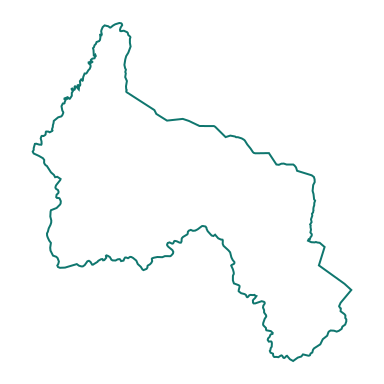 Victoria, Yoro, Honduras (Natural Earth projection)
{"feature_id": "27666195B67496121573402", "entity_name": "Victoria", "entity_type": "district", "adm_level": 2, "iso_a3": "HND", "parent_name": "Honduras", "parent_adm1": "Yoro", "projection": "natural_earth1", "projection_center": [-87.58, 15.094], "detail": "fine", "context": "isolated", "style": "outline", "palette": "teal", "viewbox_px": 384, "rotation_deg": 0, "n_neighbors": 0, "source": "geoboundaries", "source_scale": "gbopen_adm2", "svg_char_len": 5842}
<svg xmlns="http://www.w3.org/2000/svg" viewBox="0 0 384 384"><path d="M162.3,257.2L165.0,256.1L170.2,256.2L171.2,255.6L173.0,253.5L173.3,251.9L172.4,250.1L168.3,246.8L167.2,245.4L167.1,244.4L167.8,243.0L169.5,242.4L171.8,243.5L172.7,243.6L173.3,243.1L174.2,241.2L174.9,240.9L176.8,241.3L179.5,242.6L180.8,242.7L181.5,241.6L181.7,238.7L182.1,237.9L183.1,236.9L187.3,234.4L187.7,233.7L187.9,231.8L188.8,230.7L190.8,229.9L192.9,230.8L195.2,230.6L197.7,229.3L201.8,226.2L202.8,226.0L205.5,226.5L206.4,227.7L206.6,228.9L207.7,231.2L211.6,235.5L213.4,236.0L215.1,234.7L218.2,238.3L220.8,239.5L222.5,239.7L222.8,240.4L222.7,243.8L223.5,245.8L228.4,250.3L230.1,252.3L231.4,257.4L232.7,260.0L234.4,262.1L234.4,263.1L234.0,263.8L231.5,265.1L231.2,265.6L232.9,269.3L233.7,272.3L233.8,273.9L233.0,275.5L232.9,276.4L232.9,280.4L233.9,283.4L238.7,285.2L239.5,285.9L239.6,286.8L238.7,290.2L238.7,291.3L241.1,293.2L244.3,294.0L245.3,294.5L246.0,295.1L246.7,296.8L247.2,297.2L248.0,296.9L249.3,295.3L250.4,294.9L253.1,295.1L254.5,294.9L255.2,295.7L256.4,296.1L255.0,298.1L253.4,299.6L252.9,300.4L253.0,302.6L253.6,303.4L255.2,303.4L261.7,301.2L263.9,301.8L264.6,302.4L264.7,303.6L263.3,305.7L263.0,307.6L264.1,310.1L264.1,312.5L266.1,315.3L266.2,316.6L264.7,318.8L263.2,323.1L263.1,324.5L263.4,325.4L265.9,327.9L266.1,329.8L266.4,330.3L270.8,331.1L272.7,332.9L272.5,333.9L270.8,334.4L270.3,335.0L269.6,336.9L268.1,338.4L267.7,339.9L268.8,341.6L271.0,341.4L271.7,342.1L271.9,343.5L271.7,346.7L270.7,348.2L270.4,350.0L269.8,350.9L270.6,352.7L273.0,353.7L273.2,355.6L273.7,356.5L274.3,357.0L276.4,356.9L278.4,357.2L280.6,355.7L281.5,355.4L282.2,355.8L283.4,357.7L284.1,358.0L284.9,357.6L286.4,356.0L287.0,355.8L289.9,359.2L293.1,361.0L297.8,357.6L301.3,356.5L303.0,354.4L308.4,355.7L309.5,355.5L310.0,355.1L310.6,353.5L312.3,352.5L313.0,349.8L314.0,348.4L320.3,344.3L322.8,339.2L327.2,335.7L328.4,332.2L329.0,331.5L330.6,330.5L334.0,330.7L336.7,331.6L338.9,330.8L341.6,328.9L342.4,326.6L345.2,324.6L346.3,321.4L346.3,319.4L345.3,318.0L345.4,315.4L344.4,314.1L340.6,311.3L340.8,308.4L339.9,307.7L339.1,306.2L340.6,302.8L351.3,290.0L344.5,283.8L318.9,265.4L324.6,247.0L319.7,242.8L317.3,242.5L315.9,242.0L314.8,242.4L311.3,242.2L308.0,240.7L308.7,239.2L309.8,239.3L310.4,237.4L311.4,236.2L311.8,235.0L311.7,234.1L310.4,232.5L311.0,229.7L310.5,226.9L310.7,225.5L310.1,224.5L311.6,222.1L311.0,219.3L312.3,215.7L312.0,213.8L313.1,212.3L313.3,210.7L313.5,210.4L313.3,209.2L313.6,207.1L314.2,205.4L314.3,202.9L315.1,200.7L314.1,199.3L313.5,194.0L312.6,190.9L313.2,185.0L314.7,182.1L314.6,179.4L313.9,177.0L311.7,175.3L297.1,170.8L296.0,167.4L294.5,165.5L293.2,164.5L286.5,164.5L283.8,163.6L281.4,163.7L278.9,164.8L276.4,164.5L268.9,153.1L255.3,153.3L253.8,152.9L252.9,152.1L250.6,148.6L247.3,144.5L244.8,140.5L243.9,139.7L241.7,138.4L237.9,137.2L236.1,137.2L235.0,136.5L230.3,135.6L225.6,137.1L215.2,126.8L214.0,126.1L199.5,126.0L188.8,120.9L182.8,118.9L167.0,120.6L156.3,113.9L154.4,110.1L126.5,92.1L126.2,91.1L126.7,90.0L126.2,89.1L126.0,86.3L126.9,81.0L125.2,77.1L125.8,73.4L125.3,72.0L125.9,69.7L125.1,68.1L124.4,64.9L125.3,59.3L126.2,56.1L128.3,52.7L130.6,46.5L129.9,42.9L129.9,39.0L130.4,37.4L130.2,36.7L128.3,35.0L127.7,32.8L127.1,32.2L123.8,30.7L121.0,31.2L120.2,30.9L120.0,29.7L120.6,27.6L122.2,25.1L121.7,23.7L121.2,23.3L119.3,23.0L115.2,24.3L113.1,25.5L110.6,27.5L109.9,27.5L108.3,26.3L104.6,25.4L102.7,27.1L101.4,30.2L101.2,31.6L101.8,34.3L101.5,35.1L100.6,34.5L100.1,34.7L100.4,37.3L100.0,39.9L99.1,41.1L96.6,42.0L95.8,44.0L94.5,45.3L94.0,47.1L93.0,48.2L93.5,49.9L93.8,55.5L94.5,55.9L95.3,54.8L95.8,56.0L95.0,57.0L94.5,58.3L92.4,58.6L90.9,59.9L90.8,60.9L92.3,61.6L92.3,62.1L90.9,62.9L89.3,62.1L88.6,62.4L88.7,63.3L90.4,64.9L90.6,66.0L90.5,66.9L89.7,68.9L88.4,70.2L86.7,73.0L85.9,73.6L84.6,73.5L83.2,77.1L82.8,80.5L82.4,80.7L81.2,79.4L79.9,81.2L80.3,84.5L80.1,85.5L79.7,85.8L78.2,85.0L77.7,85.3L77.8,86.1L79.0,87.8L78.8,89.5L77.1,87.6L75.6,86.4L75.0,86.3L74.5,87.1L75.0,88.7L74.5,89.7L74.0,89.9L72.2,88.5L71.6,89.0L72.8,91.3L71.8,92.9L71.8,95.8L69.9,98.7L69.3,98.8L68.1,97.5L67.4,97.2L67.2,97.4L67.3,98.4L67.1,98.9L66.8,98.9L66.4,97.7L64.5,98.4L64.4,99.0L65.4,99.6L65.6,100.0L64.7,102.0L64.5,103.2L64.1,103.5L62.8,103.5L61.5,106.2L62.3,110.5L63.3,112.3L63.1,113.4L62.2,115.4L61.3,116.4L58.2,117.3L53.8,120.9L53.5,123.3L52.9,125.2L52.8,127.0L52.0,129.2L52.5,130.5L52.3,130.9L49.7,132.3L48.4,131.6L46.2,131.5L45.8,132.0L45.6,134.3L45.3,134.9L43.6,136.0L41.9,135.9L41.4,136.3L40.7,138.5L41.5,141.3L41.6,143.9L41.3,144.7L39.2,144.6L36.2,143.7L34.9,143.9L33.7,148.1L33.7,149.9L32.7,151.7L33.7,153.5L38.9,155.9L42.9,158.2L44.2,159.9L44.1,162.8L44.6,163.9L45.6,165.2L46.9,166.0L51.0,172.4L53.9,174.9L55.1,177.2L57.3,176.8L60.6,179.0L60.2,180.1L56.3,185.0L55.7,186.2L55.4,187.7L56.0,188.8L58.0,190.1L58.6,191.9L58.3,193.1L56.6,194.7L56.2,197.1L56.9,197.9L59.1,198.1L59.6,198.5L60.8,201.2L60.6,203.5L60.0,204.6L56.6,208.0L51.0,210.2L50.6,211.5L50.3,216.5L51.3,220.5L51.2,222.6L50.5,224.8L48.7,228.4L47.9,231.6L47.0,233.4L47.1,235.6L47.7,237.4L49.2,240.6L50.9,242.9L50.2,247.7L50.5,250.6L53.0,255.6L56.3,256.8L57.6,258.1L58.9,261.6L58.2,264.1L57.3,265.5L58.0,267.0L59.9,267.8L65.0,267.6L76.8,264.1L79.0,265.7L81.3,266.4L82.8,266.4L84.7,265.1L87.4,261.3L88.9,260.8L90.4,261.8L92.1,264.6L92.9,264.7L97.4,261.9L98.3,260.8L101.1,259.2L102.5,259.1L103.1,260.3L104.3,260.1L106.3,257.7L105.9,255.9L106.4,255.4L107.8,255.8L109.9,257.1L111.4,259.7L112.6,260.4L115.6,260.5L117.5,259.4L119.4,259.1L120.1,259.4L121.1,261.1L123.5,260.6L124.4,258.5L125.2,257.5L126.1,257.5L128.0,258.2L130.1,256.9L131.3,257.0L133.0,257.9L136.3,260.6L137.8,264.1L140.8,266.8L142.4,269.4L143.5,270.1L146.5,268.9L147.4,267.6L147.5,266.0L147.9,265.5L150.0,264.3L151.4,262.8L152.2,261.1L151.8,258.9L152.2,258.3L153.9,257.7L157.4,257.0L162.3,257.2Z" fill="none" stroke="#0f766e" stroke-width="2"/></svg>